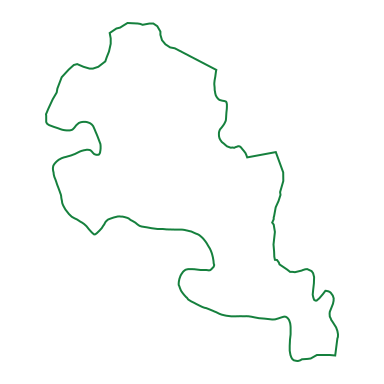 Chique/Blanchard, Vieux Fort, Saint Lucia
{"feature_id": "8701671B68891744403519", "entity_name": "Chique/Blanchard", "entity_type": "district", "adm_level": 2, "iso_a3": "LCA", "parent_name": "Saint Lucia", "parent_adm1": "Vieux Fort", "projection": "equal_earth", "projection_center": [-60.95, 13.801], "detail": "fine", "context": "isolated", "style": "outline", "palette": "green", "viewbox_px": 384, "rotation_deg": 0, "n_neighbors": 0, "source": "geoboundaries", "source_scale": "gbopen_adm2", "svg_char_len": 5896}
<svg xmlns="http://www.w3.org/2000/svg" viewBox="0 0 384 384"><path d="M53.6,172.8L53.7,174.1L53.9,175.1L54.4,177.0L55.5,179.7L56.3,182.0L56.8,183.6L57.4,185.3L58.3,187.6L59.0,189.5L59.7,191.4L60.2,192.9L60.8,194.5L61.2,196.3L61.2,197.0L61.5,198.9L61.9,200.7L62.0,201.3L62.2,202.9L62.8,204.6L63.5,206.1L65.4,209.5L68.9,214.0L71.7,216.7L73.6,217.8L74.9,218.5L76.9,219.4L78.6,220.5L80.4,221.7L81.9,222.5L83.8,223.8L84.3,224.2L85.5,225.3L86.3,226.0L87.3,227.2L88.7,229.0L89.4,229.8L90.4,230.9L91.4,232.0L92.2,232.8L93.2,233.7L94.1,234.4L95.0,234.4L95.7,234.0L96.8,233.2L99.6,230.5L100.4,229.6L101.7,228.2L103.4,225.5L103.9,224.9L104.3,224.3L104.6,223.6L105.5,222.0L105.9,221.5L107.7,219.8L108.4,219.4L110.5,218.6L113.7,217.5L115.7,217.0L117.7,216.5L119.4,216.4L121.1,216.6L122.5,216.6L124.7,217.1L127.1,217.8L128.6,218.4L130.6,220.0L132.4,220.9L135.3,222.6L137.2,224.2L138.7,225.3L139.9,226.0L141.0,226.3L141.5,226.5L143.5,226.8L144.0,226.9L146.7,227.3L151.5,228.2L157.6,229.0L162.8,229.0L166.7,229.4L171.2,229.5L175.4,229.6L178.8,229.6L181.2,229.6L182.9,229.7L184.8,230.0L186.4,230.4L187.0,230.5L189.4,231.1L191.3,231.5L194.1,232.8L195.9,233.6L197.6,234.2L199.1,235.0L200.0,235.7L201.3,236.8L202.6,238.0L203.6,239.1L205.5,241.5L206.8,243.4L207.7,245.0L208.9,247.0L209.9,248.6L210.9,250.8L211.8,253.2L212.3,255.0L212.9,257.4L213.2,259.2L213.5,261.0L213.7,263.4L214.2,265.0L213.7,266.7L213.1,267.4L212.1,268.4L211.8,268.8L211.5,269.1L210.3,270.1L208.9,270.4L208.5,270.3L207.0,270.1L206.3,270.0L200.6,270.0L194.1,269.2L190.1,269.1L188.3,269.1L187.4,269.3L186.0,269.6L185.2,270.0L184.4,270.6L183.2,271.6L182.3,272.9L181.7,273.7L180.8,275.2L180.5,275.8L179.9,277.5L179.4,278.9L179.2,279.9L179.0,280.9L178.9,281.3L178.8,282.2L178.7,283.3L178.7,284.1L178.7,284.9L179.4,286.4L179.6,287.1L180.1,288.5L180.3,288.9L180.8,290.2L181.4,291.3L181.7,291.7L182.4,292.7L183.4,294.0L184.3,295.1L185.2,296.1L185.5,296.4L186.1,297.1L186.9,297.7L188.2,299.5L191.2,301.4L194.1,302.8L196.1,303.9L198.9,305.3L200.5,306.1L202.4,307.0L204.6,307.8L206.2,308.1L208.0,308.8L210.0,309.6L211.9,310.4L212.9,310.8L214.4,311.5L216.0,312.1L217.8,313.0L219.6,313.9L220.0,314.0L221.5,314.6L224.4,315.3L226.2,315.7L231.0,316.3L236.3,316.3L240.6,316.2L244.2,316.3L246.3,316.2L248.6,316.3L251.3,316.7L254.7,317.4L259.0,318.2L264.3,318.6L268.8,319.1L272.2,319.5L272.5,319.5L275.0,319.4L278.1,318.5L281.1,317.5L282.7,317.0L284.3,316.6L285.8,316.8L287.1,317.6L288.0,318.5L289.0,319.9L289.6,321.5L290.2,323.4L290.5,325.8L290.6,327.3L290.6,329.2L290.6,330.9L290.6,332.6L290.6,334.1L290.5,335.3L290.3,336.9L290.2,337.9L290.0,339.4L289.9,341.8L289.8,343.8L289.7,345.8L289.7,347.4L289.7,349.9L289.7,350.6L289.8,351.3L290.1,353.1L290.5,355.2L291.0,356.4L291.2,357.1L291.7,358.0L291.9,358.5L292.5,359.2L292.9,359.5L293.6,360.2L294.7,360.5L296.1,360.8L297.5,361.0L298.4,360.9L299.6,360.5L300.3,360.3L301.9,359.3L307.7,358.9L310.7,358.5L316.9,355.0L329.8,355.0L335.2,355.5L337.0,341.4L337.4,338.4L337.9,337.0L338.0,334.4L337.4,331.0L336.1,327.4L332.1,321.1L331.7,320.6L331.4,320.2L330.6,318.2L329.8,316.6L329.6,313.7L329.8,311.8L331.9,306.5L333.0,303.7L333.3,302.1L333.6,300.8L333.6,299.6L333.7,298.4L332.8,295.6L330.7,292.7L329.6,291.9L328.3,291.3L326.8,291.0L325.9,290.8L325.4,290.8L322.9,294.1L319.3,298.3L316.6,300.6L315.4,300.6L314.1,299.8L313.3,297.5L312.7,294.7L313.1,290.5L313.9,283.3L314.1,277.1L313.1,273.2L311.6,271.1L307.2,269.1L305.2,269.3L302.7,270.1L301.6,270.6L294.9,272.2L292.8,271.9L290.1,271.9L287.2,269.6L279.5,264.4L278.9,262.6L277.0,260.0L274.9,259.8L274.3,256.7L274.1,251.5L273.5,244.5L274.3,237.3L274.9,231.9L273.7,224.6L272.2,222.6L273.7,219.2L273.7,217.4L274.1,216.1L275.7,207.3L278.5,201.1L280.5,194.9L280.1,192.1L281.0,189.0L283.3,181.0L283.2,172.4L275.8,152.1L247.2,157.4L246.4,155.2L245.5,153.1L244.0,151.1L242.4,149.2L240.9,147.3L239.7,146.4L238.2,146.2L236.7,146.8L235.6,147.1L234.2,147.8L232.6,147.5L230.7,147.7L229.6,147.3L228.0,146.7L227.1,146.4L225.4,145.0L224.1,143.8L221.8,142.0L220.4,140.0L219.5,138.3L219.0,136.2L218.9,133.9L219.0,132.3L219.4,130.9L220.0,129.4L220.8,128.5L221.8,127.3L223.3,125.3L224.4,123.6L225.6,121.1L225.9,120.0L226.1,117.5L226.2,115.7L226.4,112.7L226.8,109.0L226.9,106.7L226.9,104.3L226.5,102.4L226.1,101.7L224.7,101.1L222.3,100.7L221.2,100.4L219.4,99.9L218.0,98.7L216.8,97.2L215.8,95.4L215.2,93.1L215.0,91.6L214.7,90.2L214.6,87.4L214.3,84.5L214.3,83.2L214.6,80.4L214.9,78.7L215.3,76.5L215.5,74.9L215.8,72.7L216.0,71.3L216.3,69.9L174.8,48.3L170.1,47.4L165.4,44.3L162.0,40.2L160.4,34.8L160.4,31.6L157.3,26.2L153.3,23.5L149.6,23.5L142.6,24.8L140.2,23.9L137.6,23.5L127.5,23.0L123.1,25.7L120.1,27.6L116.4,28.5L109.7,33.0L110.7,38.4L110.7,43.8L109.0,51.5L106.7,57.3L105.3,61.4L98.3,66.8L92.9,68.6L89.6,68.6L83.5,66.8L77.2,64.1L73.8,65.0L68.8,69.5L61.7,77.2L57.4,88.5L56.7,92.5L52.7,99.3L48.3,108.8L46.6,112.9L46.0,114.2L46.2,115.8L46.2,118.8L46.2,121.9L46.5,122.7L47.3,123.9L49.1,125.1L53.9,126.9L57.9,128.2L59.0,128.6L60.3,129.1L62.1,129.7L63.5,130.0L64.7,130.2L66.6,130.4L67.6,130.4L69.7,130.4L70.7,130.2L71.8,129.9L72.2,129.7L72.8,129.3L74.1,128.0L75.3,126.5L76.1,125.4L77.2,124.4L78.8,123.0L80.6,122.3L82.0,122.0L82.9,121.9L84.6,121.9L85.7,121.9L87.0,122.1L88.8,122.7L90.2,123.3L91.4,124.2L92.0,124.7L93.2,126.2L94.8,129.8L95.6,131.8L96.6,134.1L97.7,136.8L100.4,144.0L100.6,146.0L100.6,147.1L100.6,148.4L100.4,150.4L100.2,151.5L100.1,152.3L99.9,153.0L99.1,154.4L98.6,154.7L97.5,154.8L96.3,154.8L95.0,154.4L94.1,154.0L93.4,153.3L92.6,152.5L92.2,151.9L91.2,150.9L90.6,150.4L90.3,150.2L89.0,149.9L87.0,149.7L85.0,150.1L83.7,150.3L83.1,150.5L81.5,150.9L79.7,151.6L76.9,153.0L74.9,154.0L73.8,154.4L71.2,155.4L69.5,155.9L68.0,156.3L66.0,156.9L63.9,157.4L62.5,157.9L61.4,158.3L60.4,158.9L59.4,159.4L58.5,159.9L58.2,160.2L57.2,161.0L56.4,161.7L55.0,163.2L54.0,164.5L53.3,165.8L53.1,166.8L52.9,168.1L53.0,169.9L53.2,171.1L53.4,171.8L53.6,172.8Z" fill="none" stroke="#15803d" stroke-width="2"/></svg>